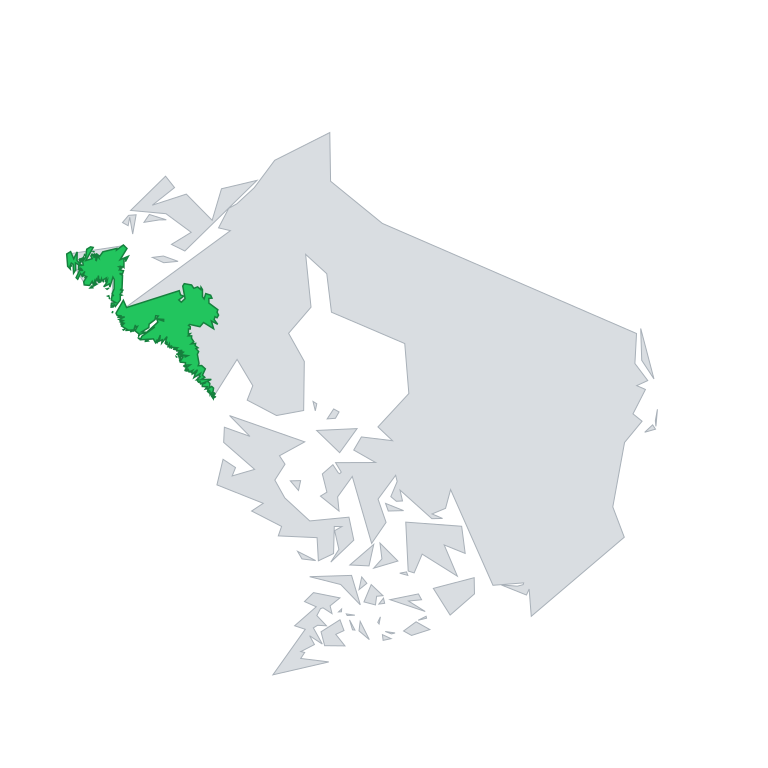 Newfoundland and Labrador on a map of Canada (orthographic projection), rotated 161°
{"feature_id": "CAN-686", "entity_name": "Newfoundland and Labrador", "entity_type": "Province", "adm_level": 1, "iso_a3": "CAN", "parent_name": "Canada", "parent_adm1": "", "projection": "orthographic", "projection_center": [-58.847, 53.496], "detail": "fine", "context": "in_parent", "style": "filled", "palette": "green", "viewbox_px": 768, "rotation_deg": 161, "n_neighbors": 0, "source": "natural_earth", "source_scale": "10m", "svg_char_len": 9899}
<svg xmlns="http://www.w3.org/2000/svg" viewBox="0 0 768 768"><g transform="rotate(161 384 384)"><path d="M175.6,250.4L207.7,193.3L206.7,160.9L320.4,116.4L313.5,142.9L318.0,138.1L338.5,155.8L323.7,149.4L317.7,149.0L316.7,150.5L346.5,158.2L355.4,262.5L366.3,246.4L380.9,245.5L372.4,237.8L382.6,241.1L403.4,278.5L404.6,267.4L410.5,269.1L414.2,275.3L403.3,287.5L402.7,293.9L427.1,277.1L427.1,252.5L447.6,237.3L444.1,306.9L464.6,292.4L467.9,278.5L480.6,298.7L473.2,300.3L471.6,319.0L458.6,324.3L456.2,314.9L455.1,313.6L453.1,314.6L455.4,325.4L417.5,312.5L434.1,331.4L422.6,341.3L394.4,327.6L403.7,345.4L363.6,366.9L351.2,415.5L410.3,469.0L402.2,506.9L415.9,532.1L428.0,480.4L457.7,463.0L452.0,431.3L468.6,385.1L495.9,389.2L518.6,413.3L508.6,425.1L514.9,455.1L550.0,426.9L574.2,498.7L599.3,505.1L575.5,517.8L575.9,523.0L599.3,510.9L614.3,537.1L479.3,579.0L489.6,585.5L473.6,600.7L464.6,602.2L442.8,611.8L414.5,631.1L353.4,639.4L368.5,593.1L333.3,536.4L128.8,349.5L140.1,321.7L133.5,301.4L145.6,300.2L138.6,293.7L158.3,274.7L152.1,264.8L175.6,250.4ZM470.3,262.9L477.4,265.5L486.9,240.1L503.6,238.2L497.3,260.5L533.4,274.8L527.2,282.7L550.5,307.0L537.0,310.5L574.8,343.0L560.7,365.2L551.6,353.3L557.5,346.5L534.1,345.4L554.6,381.0L549.0,395.1L527.8,378.1L540.3,404.4L477.8,355.1L506.2,350.2L503.7,340.4L518.5,328.7L514.9,308.6L498.8,278.7L460.5,269.5L463.4,246.2L492.3,232.9L480.5,242.3L478.4,261.4L470.3,262.9ZM526.7,139.2L583.7,145.2L538.3,177.7L547.2,184.5L520.6,195.4L530.0,204.2L518.6,209.7L495.3,196.1L507.2,191.8L507.9,183.8L514.5,192.2L517.2,192.3L522.9,186.9L517.1,174.1L525.4,177.5L530.2,176.4L527.0,158.2L536.3,170.2L534.6,160.3L549.8,158.1L546.4,156.0L552.1,151.6L526.7,139.2ZM377.2,178.4L403.3,210.7L417.0,195.6L422.0,199.3L408.4,246.3L356.9,224.2L362.4,197.4L379.5,212.2L377.2,178.4ZM509.1,627.9L493.2,594.7L474.1,621.5L437.8,617.9L529.0,574.6L539.5,585.2L516.9,590.2L534.7,616.0L567.1,630.6L522.9,651.6L518.1,637.9L544.9,628.5L509.1,627.9ZM396.7,144.0L403.9,174.7L361.8,171.5L366.8,156.1L396.7,144.0ZM506.2,149.1L525.3,155.9L524.2,170.2L502.4,175.4L502.1,163.9L511.1,163.0L506.2,149.1ZM478.3,182.9L490.2,208.5L517.0,226.0L477.0,213.6L478.3,182.9ZM419.1,155.5L448.5,178.1L419.8,174.3L418.7,167.8L431.5,170.8L419.1,155.5ZM616.5,545.9L605.8,572.4L634.1,574.9L641.6,610.0L584.2,599.4L616.5,545.9ZM428.5,212.1L453.7,213.2L442.9,219.3L439.6,234.9L428.5,212.1ZM424.0,350.6L448.3,333.5L462.8,362.0L424.0,350.6ZM457.4,216.9L475.2,224.0L445.9,235.7L457.4,216.9ZM445.9,144.1L431.1,148.7L420.6,136.9L439.8,137.3L445.9,144.1ZM473.9,184.5L461.4,198.5L453.9,184.2L460.1,185.7L464.0,177.9L473.9,184.5ZM481.1,147.1L488.0,158.7L483.8,167.3L481.1,147.1ZM127.1,300.9L132.6,322.5L123.2,352.9L127.1,300.9ZM506.1,239.3L518.5,245.3L520.2,253.9L506.1,239.3ZM406.7,257.9L421.3,262.5L421.4,270.6L406.7,257.9ZM474.6,197.7L467.9,208.8L465.1,201.1L474.6,197.7ZM493.8,161.8L493.4,172.2L491.6,160.8L493.8,161.8ZM499.5,311.2L504.1,322.9L494.3,319.8L499.5,311.2ZM458.3,145.3L463.4,149.6L454.6,145.0L458.3,145.3ZM430.7,200.0L423.9,199.0L423.8,195.3L430.7,200.0ZM572.8,607.6L570.1,624.5L574.4,617.0L578.7,621.8L570.6,626.6L563.3,624.7L572.8,607.6ZM468.3,141.9L467.1,147.5L460.2,140.9L468.3,141.9ZM561.8,579.1L550.9,576.8L538.8,567.0L552.8,570.4L561.8,579.1ZM449.1,369.5L439.7,376.8L435.6,372.2L441.1,367.4L449.1,369.5ZM142.0,252.9L153.2,253.5L143.3,257.9L142.0,252.9ZM486.8,174.9L494.2,177.1L494.5,178.9L486.8,174.9ZM460.5,177.6L454.2,181.7L454.8,176.4L460.5,177.6ZM536.4,610.1L543.0,612.3L558.3,615.0L550.7,620.7L536.4,610.1ZM457.7,381.0L456.8,390.6L454.0,387.2L457.7,381.0ZM428.6,149.5L419.8,150.7L420.0,148.7L428.6,149.5ZM501.2,183.3L497.3,185.1L498.4,182.5L501.2,183.3ZM467.5,160.7L463.2,165.0L466.8,158.7L467.5,160.7ZM140.7,255.4L139.4,260.9L133.7,271.1L140.7,255.4Z" fill="#d9dde1" stroke="#a8b0b8" stroke-width="1"/><path d="M549.9,426.4L550.8,427.3L549.1,426.5L548.3,427.2L550.7,428.3L547.5,430.5L550.7,428.8L549.5,431.8L551.9,430.3L551.0,433.8L551.7,435.0L553.3,435.4L552.5,435.5L551.8,437.2L554.4,437.4L552.0,439.0L556.6,440.8L556.0,442.9L552.3,443.2L551.8,444.0L558.1,443.8L556.7,444.1L557.8,445.7L556.6,446.4L558.8,446.1L559.4,448.1L558.4,448.6L559.8,449.0L555.5,450.9L556.1,451.8L554.2,453.8L561.7,451.9L559.0,455.3L560.9,455.8L557.7,456.0L555.7,458.2L562.1,455.9L561.7,457.6L563.2,458.0L561.5,458.3L560.4,459.2L564.3,458.8L564.3,461.2L565.9,463.5L561.1,465.2L565.7,466.5L564.8,468.8L569.5,471.0L569.5,472.8L568.4,472.5L565.3,474.9L566.8,477.3L560.8,474.8L563.9,474.2L560.2,474.6L566.6,477.9L563.3,479.4L567.2,481.8L563.7,481.5L569.1,482.8L568.2,484.9L569.9,485.2L567.8,485.6L573.6,488.3L572.0,489.5L574.6,488.4L573.9,491.8L576.6,488.9L575.1,491.1L576.8,492.3L575.6,493.4L575.4,494.7L576.6,492.8L577.6,493.8L573.7,499.5L580.8,495.1L579.3,498.0L583.4,497.7L581.1,500.0L579.6,503.1L585.5,496.4L583.8,499.9L586.6,497.4L587.4,501.7L599.7,505.1L597.5,507.9L582.1,512.5L591.7,510.1L577.7,516.0L577.6,519.5L571.9,515.2L571.3,516.8L578.2,519.8L575.3,521.8L577.6,522.9L579.6,519.4L586.6,517.1L588.0,513.9L596.3,512.2L591.9,510.3L598.9,510.4L602.1,515.4L598.4,518.7L600.3,518.7L599.8,520.8L602.9,516.7L606.9,515.7L605.0,517.2L611.1,518.8L608.8,518.9L613.2,524.2L609.8,526.0L612.9,528.4L610.0,528.8L613.4,531.3L607.3,531.9L614.4,533.7L609.8,533.9L614.0,535.7L614.3,538.2L603.2,548.0L602.5,540.1L547.2,538.9L547.4,534.5L544.8,532.3L550.7,530.3L549.0,527.3L544.3,529.5L542.4,542.1L540.2,543.9L533.7,540.3L532.7,536.4L528.6,536.5L526.5,532.9L525.5,535.1L524.9,532.4L527.2,525.6L526.4,523.0L523.1,527.5L519.0,524.4L518.7,521.2L521.8,521.9L523.2,517.5L516.9,508.3L518.5,506.3L518.0,503.0L520.3,501.0L521.9,502.7L523.6,500.2L521.8,494.6L526.7,499.8L527.1,491.7L534.6,500.9L539.4,498.1L548.3,503.6L549.7,503.1L548.5,501.2L549.3,499.1L550.9,499.7L552.7,495.1L550.8,494.7L553.5,493.3L550.2,492.1L551.1,489.9L550.1,485.9L553.2,484.7L548.9,483.7L550.1,481.8L548.1,478.8L550.3,478.8L548.7,475.0L550.8,472.9L552.2,463.7L553.7,461.8L550.4,460.8L548.0,456.5L552.8,451.4L551.3,448.7L555.4,447.7L545.8,444.6L550.0,444.0L548.5,441.3L550.2,437.3L547.7,437.8L546.5,435.6L548.6,431.6L547.3,430.8L547.0,429.7L549.2,428.9L547.7,426.8L548.3,426.5L549.9,426.4ZM644.8,598.3L641.7,610.2L637.2,611.2L636.6,603.4L631.1,608.8L634.1,600.6L631.3,594.7L629.6,594.4L628.7,600.6L626.8,601.8L628.4,598.4L624.7,601.2L621.2,608.2L616.8,609.2L614.5,607.8L625.8,597.8L619.1,597.5L619.5,600.4L617.8,601.9L617.1,601.4L617.8,600.3L617.3,599.9L614.8,601.5L616.3,599.4L612.6,600.8L617.3,598.1L614.7,598.5L616.2,594.8L615.8,594.4L613.4,598.0L612.5,596.1L612.3,599.0L611.1,597.4L606.8,600.5L592.5,599.2L593.3,597.7L585.2,600.3L582.9,595.8L593.1,587.4L584.2,588.0L588.7,583.9L587.0,586.1L589.2,586.8L591.9,579.1L592.3,580.1L593.6,579.9L594.9,581.2L596.5,581.2L594.3,579.2L596.3,579.1L596.8,578.4L594.8,578.9L596.1,577.5L593.4,575.9L595.4,573.3L598.1,574.6L595.9,571.7L600.8,559.1L602.2,559.2L602.5,558.8L600.4,557.7L604.4,554.7L603.0,553.4L604.6,553.4L606.0,549.3L612.8,544.8L613.1,546.6L615.3,546.7L614.2,545.8L615.0,545.0L617.0,545.5L615.5,549.0L611.3,548.4L614.5,552.2L611.7,557.2L610.9,555.1L611.6,557.9L608.2,561.8L605.0,570.5L605.5,573.3L611.7,564.8L611.1,568.0L617.4,567.2L612.9,570.3L611.5,572.7L614.4,571.0L611.9,574.7L617.2,573.6L616.9,575.4L618.6,573.3L619.2,575.9L619.0,572.9L620.1,573.3L619.9,572.9L620.4,572.7L620.6,572.8L618.7,579.5L621.2,575.1L621.7,576.9L623.3,574.4L623.6,576.2L626.4,572.4L626.5,576.1L630.2,573.0L635.2,575.3L634.6,578.5L629.5,582.6L632.6,581.5L631.1,582.9L632.0,584.4L634.8,583.6L630.1,587.8L634.5,585.4L635.0,587.2L639.5,582.8L640.5,584.8L635.0,590.4L632.4,589.7L632.3,590.5L632.7,591.7L634.9,591.9L632.7,592.6L635.4,592.0L634.0,595.8L633.2,595.0L632.7,594.9L636.3,598.9L638.4,592.2L641.4,589.9L639.0,598.4L640.3,600.2L642.5,597.7L643.2,594.8L644.8,598.3ZM567.2,475.7L569.5,473.1L567.6,475.3L569.1,475.3L569.0,477.3L567.2,475.7ZM592.8,501.4L595.8,502.0L595.7,502.3L594.4,502.9L593.4,502.8L592.8,501.4ZM628.1,571.9L628.0,569.8L630.6,570.5L628.1,571.9ZM634.7,590.7L635.3,591.6L632.9,591.4L632.3,590.1L634.7,590.7ZM569.9,484.4L572.1,485.6L570.3,485.4L569.9,484.4ZM568.4,478.3L570.7,479.8L567.1,479.0L568.4,478.3ZM624.1,573.2L622.8,571.9L625.9,571.3L624.1,573.2ZM565.3,464.1L566.5,465.2L564.9,465.0L565.3,464.1ZM568.4,480.2L567.3,481.2L565.9,479.9L568.4,480.2ZM552.2,432.6L553.1,434.1L551.4,434.1L552.2,432.6ZM567.8,466.5L566.1,466.5L565.7,466.0L567.4,464.9L566.2,466.2L567.8,466.5ZM565.8,459.7L564.5,461.0L564.5,460.7L565.8,459.7ZM565.9,461.7L566.7,460.7L567.7,461.5L567.0,462.5L565.9,461.7ZM631.0,597.5L630.2,601.1L629.1,601.1L631.0,597.5ZM611.1,520.3L612.8,519.8L613.0,520.2L611.1,520.3ZM615.6,556.1L616.5,557.0L615.5,557.0L615.6,556.1ZM613.0,598.9L614.7,598.8L615.1,599.0L613.0,598.9ZM572.4,487.5L574.0,486.9L573.5,487.4L572.4,487.5ZM571.5,477.4L570.7,476.4L571.5,477.3L571.5,477.4ZM617.7,540.1L616.6,541.1L617.8,539.5L617.7,540.1ZM602.7,515.9L604.1,515.6L604.2,515.8L602.7,515.9ZM612.2,525.9L613.0,525.0L613.1,525.8L612.2,525.9ZM599.8,505.6L600.4,506.2L599.7,506.2L599.8,505.6ZM615.3,553.8L616.2,554.7L615.5,554.4L615.3,553.8ZM615.4,572.5L616.7,572.2L615.9,572.6L615.4,572.5ZM601.9,517.9L601.7,517.0L602.5,516.9L601.9,517.9ZM624.6,573.2L624.5,574.4L624.1,574.2L624.6,573.2ZM631.4,599.8L631.4,597.1L631.6,600.0L631.4,599.8ZM641.1,597.4L642.1,597.1L641.1,597.7L641.1,597.4ZM615.4,573.4L616.0,572.7L616.0,573.0L615.4,573.4ZM550.2,425.7L550.5,426.7L550.0,426.2L550.2,425.7ZM612.4,526.2L613.1,526.4L612.8,527.0L612.4,526.2ZM612.2,529.5L612.9,529.3L612.9,529.9L612.2,529.5ZM630.5,601.7L630.8,600.9L631.1,601.1L630.5,601.7ZM614.4,563.9L615.0,563.7L615.3,564.2L614.4,563.9ZM601.6,556.5L602.0,555.9L602.2,556.1L601.6,556.5ZM615.6,603.7L614.8,603.7L614.6,603.8L615.2,603.4L615.6,603.7ZM599.7,509.6L600.3,509.2L600.1,509.8L599.7,509.6ZM600.2,506.7L600.7,506.4L601.0,507.0L600.2,506.7ZM624.9,603.3L625.4,603.2L625.1,603.7L624.9,603.3ZM613.7,564.1L614.2,564.1L613.7,564.2L613.7,564.1Z" fill="#22c55e" stroke="#15803d" stroke-width="1.5"/></g></svg>